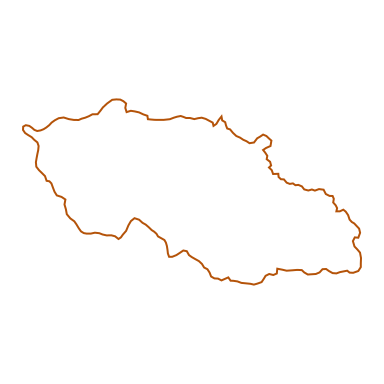 outline of Tapiraí, Minas Gerais, Brazil
{"feature_id": "56859067B4680044850296", "entity_name": "Tapiraí", "entity_type": "district", "adm_level": 2, "iso_a3": "BRA", "parent_name": "Brazil", "parent_adm1": "Minas Gerais", "projection": "mercator", "projection_center": [-46.157, -19.874], "detail": "fine", "context": "isolated", "style": "outline", "palette": "amber", "viewbox_px": 384, "rotation_deg": 0, "n_neighbors": 0, "source": "geoboundaries", "source_scale": "gbopen_adm2", "svg_char_len": 3042}
<svg xmlns="http://www.w3.org/2000/svg" viewBox="0 0 384 384"><path d="M360.1,232.8L359.1,228.6L357.1,226.5L354.2,223.4L351.8,222.0L349.6,219.6L348.1,215.1L345.7,211.6L343.3,209.7L339.9,211.3L336.4,211.3L337.1,208.1L335.7,205.3L333.2,202.5L333.8,198.8L332.6,196.0L329.5,195.9L325.8,194.0L323.6,189.7L319.0,189.1L314.9,190.6L311.9,189.5L308.3,190.5L304.2,189.4L301.9,186.4L298.4,184.9L295.4,185.2L292.9,183.4L289.8,183.9L286.7,182.7L283.9,179.4L280.9,179.2L278.6,177.0L278.3,173.8L273.1,174.0L271.7,170.1L269.0,167.5L271.1,165.5L270.1,161.8L266.7,159.2L267.3,155.8L265.1,152.5L263.1,150.0L266.0,148.0L270.5,146.0L271.4,140.6L269.1,138.6L266.4,136.0L263.1,134.6L260.0,136.7L257.2,138.3L254.0,142.5L249.5,143.2L246.5,141.2L243.3,139.8L240.0,137.6L236.3,136.0L232.9,132.8L230.1,129.4L227.2,128.5L226.0,125.4L225.2,122.2L222.2,120.4L221.5,116.5L218.7,120.0L216.4,123.9L213.5,125.9L212.7,122.6L208.9,120.6L205.7,118.9L201.7,117.7L198.1,118.2L194.3,119.1L190.0,118.0L186.1,118.0L183.4,116.9L180.7,116.0L177.1,116.7L173.8,117.7L169.9,119.2L163.4,119.9L157.5,119.9L154.3,119.8L150.8,119.5L147.9,119.2L147.4,115.8L143.3,114.4L139.1,112.4L134.7,111.4L130.8,110.8L126.6,112.1L125.3,107.9L126.1,103.5L123.4,101.2L120.3,99.6L116.3,99.4L112.2,99.8L107.1,103.5L102.9,107.4L100.3,110.9L97.6,114.2L92.4,114.3L88.9,116.2L85.2,117.7L81.6,118.7L78.6,120.0L73.7,119.9L68.8,119.1L63.7,117.5L58.7,118.2L54.8,120.3L51.6,122.6L49.2,125.2L46.3,127.5L43.6,129.2L40.6,130.4L37.2,131.0L34.4,129.9L32.0,127.8L29.3,125.9L25.8,125.2L23.2,126.6L23.0,129.9L25.1,133.0L27.9,134.9L31.7,137.2L34.2,139.8L37.4,142.4L38.6,146.0L38.2,150.2L37.4,153.9L36.6,158.1L35.9,162.2L36.3,166.7L39.1,170.3L42.0,173.1L45.0,176.1L46.6,180.8L49.4,181.3L51.4,183.4L52.9,187.5L54.5,191.7L56.8,195.4L61.5,196.9L65.4,199.5L64.5,204.5L65.9,209.3L66.8,214.2L70.3,218.4L74.3,221.3L76.4,224.3L78.8,228.3L81.0,231.4L83.8,233.1L86.6,233.6L90.8,233.6L94.9,232.7L99.3,233.2L102.6,234.5L106.6,235.4L111.3,235.3L115.1,236.3L118.5,239.0L120.9,237.4L122.8,234.7L126.1,230.9L128.4,225.4L130.9,221.1L134.5,218.2L139.1,219.7L142.5,222.8L145.7,224.6L148.6,227.1L151.7,230.1L154.2,231.7L156.5,233.8L158.0,236.4L161.2,238.2L164.4,240.0L165.9,242.6L166.9,246.0L167.5,249.9L167.9,253.5L169.1,256.8L172.2,256.8L176.4,255.1L179.8,252.9L183.3,250.5L186.8,251.2L189.0,255.1L191.8,257.1L195.1,259.0L198.9,261.1L202.0,264.0L204.1,267.5L207.4,269.2L209.6,272.6L211.1,276.5L214.4,278.4L218.0,278.6L221.5,280.4L225.1,278.8L228.3,277.4L230.6,280.7L233.3,280.8L237.4,281.4L241.4,282.9L245.5,283.3L250.4,283.8L253.9,284.6L257.4,283.6L261.6,282.1L263.8,278.8L265.6,275.8L269.2,274.0L273.3,275.0L276.8,273.5L277.3,268.7L282.4,269.7L286.6,270.7L292.3,270.3L297.2,269.9L301.8,270.1L304.2,272.4L307.8,274.5L315.8,274.0L319.6,272.4L322.5,269.2L326.1,269.0L328.9,271.0L332.6,273.1L336.4,273.4L340.0,272.1L344.1,271.3L347.2,270.7L349.6,272.6L353.2,272.8L358.3,271.0L360.8,267.1L360.8,263.5L361.0,258.0L360.0,252.6L357.3,249.4L354.5,246.5L352.9,241.1L354.8,237.4L358.3,237.7L360.1,232.8Z" fill="none" stroke="#b45309" stroke-width="2"/></svg>